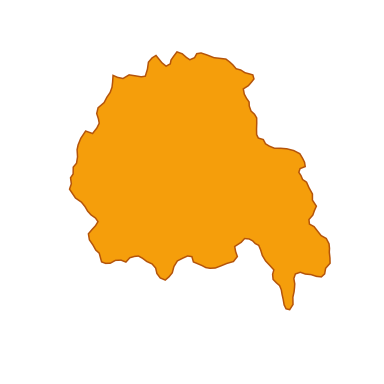 outline of Carmésia, Minas Gerais, Brazil, rotated 253°
{"feature_id": "56859067B47042925526830", "entity_name": "Carmésia", "entity_type": "district", "adm_level": 2, "iso_a3": "BRA", "parent_name": "Brazil", "parent_adm1": "Minas Gerais", "projection": "orthographic", "projection_center": [-43.185, -19.056], "detail": "fine", "context": "isolated", "style": "filled", "palette": "amber", "viewbox_px": 384, "rotation_deg": 253, "n_neighbors": 0, "source": "geoboundaries", "source_scale": "gbopen_adm2", "svg_char_len": 2416}
<svg xmlns="http://www.w3.org/2000/svg" viewBox="0 0 384 384"><g transform="rotate(253 192 192)"><path d="M326.6,150.6L320.3,148.2L315.5,146.1L311.1,142.8L307.5,138.3L303.2,134.1L300.0,126.8L294.9,123.8L289.4,123.9L284.9,123.4L281.0,119.7L277.0,114.0L281.4,108.1L275.9,101.4L270.4,96.9L266.1,94.5L259.0,92.8L253.3,90.0L250.5,85.7L244.0,83.6L241.1,80.0L235.1,79.0L230.5,75.7L226.2,77.0L220.3,78.8L214.6,83.3L209.3,85.4L204.2,86.6L199.7,88.7L195.3,92.1L191.1,93.4L187.9,89.8L185.4,85.5L182.3,80.7L176.3,79.9L170.2,81.8L164.6,83.0L160.6,85.4L155.5,85.2L151.6,85.1L149.0,88.5L147.8,93.0L149.0,98.8L147.6,104.2L144.3,108.3L147.3,113.3L147.2,118.2L146.4,122.1L143.1,125.3L138.8,128.4L134.9,132.8L129.9,135.0L124.3,134.6L119.1,136.5L115.6,140.7L117.6,145.2L120.5,149.5L126.0,152.9L130.4,157.9L131.5,164.3L132.1,169.1L130.2,173.0L124.7,172.9L121.9,176.3L118.8,180.0L115.7,183.1L113.8,186.9L112.5,192.1L112.9,198.0L113.5,204.4L113.4,211.3L117.0,216.5L122.3,216.3L127.4,216.9L129.5,224.3L132.1,228.7L130.4,232.9L127.6,235.7L124.2,237.4L121.5,240.2L116.6,240.7L110.8,240.7L104.6,242.2L98.7,245.1L93.6,247.5L89.7,245.0L84.7,244.0L80.4,246.2L76.9,248.4L72.4,248.8L67.8,248.2L62.6,247.8L57.1,247.1L52.8,247.8L50.9,251.0L54.9,255.7L61.9,257.7L66.7,260.4L70.4,262.0L74.1,263.4L79.5,264.1L83.4,266.9L83.6,272.1L80.4,276.4L78.2,281.7L74.9,286.4L73.0,290.9L74.9,294.9L80.0,297.5L83.5,303.2L88.5,304.6L94.3,305.7L97.9,307.0L102.4,307.9L108.3,306.8L112.6,302.7L117.7,300.7L123.2,298.6L127.0,294.9L131.5,295.8L134.6,300.8L138.4,303.6L142.1,306.8L149.0,304.8L154.9,306.6L162.0,305.1L167.9,304.4L171.6,301.4L175.8,301.0L179.6,299.9L182.8,302.2L183.2,307.7L187.5,308.3L191.8,307.6L197.1,306.3L201.9,301.4L205.6,295.3L207.8,289.8L209.7,283.7L213.4,279.2L216.6,276.4L221.3,275.5L224.2,271.2L228.0,270.6L233.3,272.1L238.8,274.0L243.9,275.5L248.1,274.5L252.2,272.1L257.5,271.9L261.4,272.9L265.7,271.5L270.3,270.6L275.6,271.2L277.2,277.0L279.7,281.0L282.0,284.3L286.2,284.4L288.5,280.9L290.6,277.5L294.4,274.3L297.0,270.2L301.7,268.2L305.4,266.0L309.2,263.3L311.5,258.1L314.0,252.3L318.6,246.5L322.3,241.3L322.9,237.0L319.7,233.7L319.1,228.6L322.3,226.0L327.0,223.1L330.4,218.6L327.0,213.9L324.3,210.5L320.9,208.7L319.9,204.0L324.4,201.0L328.6,199.3L333.1,197.5L331.9,193.0L328.9,188.3L322.5,185.3L316.4,181.2L317.0,177.1L319.7,171.7L322.4,166.1L320.7,159.2L323.4,154.3L326.6,150.6Z" fill="#f59e0b" stroke="#b45309" stroke-width="1.5"/></g></svg>